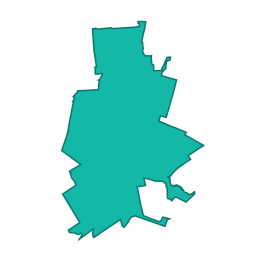 Pantelimon, Constanta, Romania (Albers equal-area conic projection), rotated 353°
{"feature_id": "2599482B44343640744399", "entity_name": "Pantelimon", "entity_type": "district", "adm_level": 2, "iso_a3": "ROU", "parent_name": "Romania", "parent_adm1": "Constanta", "projection": "albers", "projection_center": [28.363, 44.596], "detail": "fine", "context": "isolated", "style": "filled", "palette": "teal", "viewbox_px": 256, "rotation_deg": 353, "n_neighbors": 0, "source": "geoboundaries", "source_scale": "gbopen_adm2", "svg_char_len": 5461}
<svg xmlns="http://www.w3.org/2000/svg" viewBox="0 0 256 256"><g transform="rotate(353 128 128)"><path d="M179.6,92.5L182.1,86.2L177.0,84.1L169.5,80.9L168.0,80.3L167.3,80.1L167.8,79.2L168.0,78.6L168.4,77.5L168.7,77.2L168.9,76.8L169.1,76.4L170.4,75.3L171.9,74.1L172.6,73.8L172.9,73.2L173.2,71.7L173.3,70.3L173.8,68.6L174.0,67.6L174.1,67.4L175.2,66.2L178.0,65.7L178.8,62.8L175.4,62.7L174.0,65.0L173.2,66.1L173.1,66.3L171.3,69.8L171.3,70.2L170.9,70.3L169.1,72.9L168.9,73.3L168.4,75.1L162.6,74.5L160.2,74.3L161.0,71.5L160.9,68.4L160.1,68.1L159.7,67.9L159.6,67.7L159.5,67.4L159.5,65.1L159.7,61.1L160.1,59.1L159.7,59.2L159.3,59.2L154.1,58.5L153.6,58.4L153.4,58.3L152.4,55.7L152.2,55.2L152.0,54.5L151.9,53.6L152.0,52.6L152.8,51.1L153.0,50.4L152.8,50.1L152.7,49.2L152.7,47.5L152.8,46.3L153.0,45.3L152.9,45.1L152.4,44.8L152.0,44.7L151.8,44.7L152.0,44.2L152.6,42.7L152.8,42.0L153.8,38.9L154.8,36.2L155.0,35.7L155.2,35.2L155.5,34.5L155.7,33.8L156.3,32.3L156.9,30.7L157.9,27.0L158.6,24.8L154.8,24.0L152.5,23.7L151.0,23.5L150.8,25.3L151.9,25.6L151.9,28.0L150.0,28.3L149.9,28.8L144.6,28.6L128.5,27.7L124.2,27.4L123.7,26.7L123.3,26.5L118.5,26.4L116.9,26.3L110.2,26.2L109.8,26.1L109.2,25.7L108.5,25.3L108.4,25.2L108.2,25.3L108.0,25.2L108.0,25.4L107.4,25.6L104.9,25.2L103.8,45.2L103.7,47.1L103.7,49.0L103.9,53.9L104.0,53.9L104.1,55.4L104.0,56.7L104.1,59.8L104.0,63.7L102.5,63.8L102.7,64.1L102.7,64.3L102.1,70.2L102.2,70.5L102.5,70.7L102.6,70.8L108.5,70.8L108.9,71.0L109.3,71.3L105.7,76.6L104.3,77.0L105.3,78.0L104.4,80.3L104.2,81.6L103.8,83.5L103.8,84.2L103.3,85.6L103.3,86.3L89.9,85.5L82.6,84.9L82.5,85.8L82.3,85.9L81.2,87.0L81.1,87.4L80.4,87.9L79.8,88.0L79.1,88.7L78.3,89.6L78.1,89.8L77.7,89.9L77.4,90.2L78.4,91.4L77.8,92.8L77.9,93.4L77.5,94.6L77.1,94.9L76.7,95.0L76.4,94.7L76.2,94.7L76.2,94.8L76.4,95.0L76.5,95.2L76.5,95.3L76.7,95.5L77.0,95.6L76.4,97.2L74.9,101.7L73.9,105.0L73.2,107.2L70.5,115.4L68.1,123.6L66.5,127.9L62.2,136.7L59.4,142.4L65.6,148.1L76.7,158.6L68.0,162.3L64.6,163.9L65.3,165.3L65.8,165.4L65.8,165.8L65.2,165.9L65.9,170.4L66.2,171.0L67.6,173.1L68.2,174.1L68.6,175.4L69.1,177.4L69.3,178.5L69.1,178.6L55.0,185.7L58.3,192.8L58.2,192.8L63.1,203.5L65.9,209.9L68.7,215.9L56.5,222.1L56.7,222.5L56.9,223.9L57.0,224.2L57.1,224.5L57.5,224.8L60.3,225.1L61.9,225.6L62.9,226.1L63.8,226.8L65.0,227.3L65.9,227.6L66.1,227.7L66.7,227.5L67.2,227.2L67.8,226.6L68.0,226.6L68.3,226.8L68.8,227.0L69.2,227.3L69.3,227.8L68.1,230.2L66.3,232.1L66.1,232.5L81.3,224.0L81.5,224.1L80.1,228.2L80.1,230.6L80.1,231.0L80.8,232.5L87.5,229.0L90.2,227.7L90.9,227.2L109.4,217.9L110.3,224.5L111.9,226.1L116.5,221.7L116.4,221.7L116.7,220.9L120.5,216.6L122.9,216.5L123.5,216.1L123.7,215.8L152.7,230.1L155.8,223.9L158.1,223.2L157.8,223.1L156.8,222.6L156.5,222.6L154.0,221.5L151.8,220.7L150.4,222.5L150.1,223.2L149.0,224.5L147.1,224.5L146.5,224.4L145.4,223.8L144.1,223.0L143.6,222.6L142.8,222.2L142.2,222.1L138.5,220.2L132.8,216.9L132.4,215.1L131.9,210.4L131.7,209.7L131.3,205.8L131.0,201.8L130.6,195.5L130.0,187.5L138.4,187.2L137.7,179.6L144.3,182.0L148.5,184.0L153.1,184.8L155.0,184.7L155.2,185.2L155.9,185.2L156.1,185.3L158.6,187.8L158.8,188.1L158.9,188.4L158.7,190.7L158.7,190.8L159.4,191.9L159.5,192.4L159.5,192.9L158.9,198.5L158.8,202.7L158.8,202.9L161.8,204.0L161.7,204.4L161.9,204.9L162.6,205.5L162.8,205.5L163.2,205.0L163.2,204.7L163.6,204.5L165.5,203.0L166.2,202.6L167.1,202.4L167.6,202.6L170.0,204.2L171.7,205.3L172.7,206.1L173.6,206.6L176.5,208.6L186.1,201.6L186.2,200.6L186.3,200.0L186.4,199.9L186.4,199.5L186.2,199.4L185.9,199.6L185.9,199.8L185.4,199.6L185.0,199.9L185.0,200.0L185.0,200.3L184.0,201.0L183.8,201.1L183.5,201.4L183.2,201.0L182.8,201.2L182.6,201.2L182.3,201.2L182.0,201.4L181.7,201.4L181.5,201.5L181.3,201.5L181.1,201.7L181.0,201.8L180.9,201.7L180.7,201.4L180.2,201.3L179.9,201.0L179.5,200.9L178.7,200.0L178.6,199.9L178.7,199.7L178.3,199.5L178.2,199.3L177.8,199.4L177.4,199.3L176.6,198.8L176.3,198.5L176.0,198.3L175.8,197.7L175.7,197.3L175.5,197.0L175.1,196.8L175.1,196.6L175.3,196.2L175.2,196.0L175.1,195.9L174.4,196.1L174.1,196.1L173.8,195.7L174.3,195.6L174.5,195.5L174.5,195.4L174.4,195.2L173.9,194.7L173.9,194.4L174.1,194.1L174.0,193.8L173.9,193.8L173.6,194.0L173.1,193.8L173.0,193.7L173.2,193.2L172.9,193.1L172.7,193.3L172.2,193.3L172.1,193.0L172.1,192.9L172.5,192.9L172.6,192.7L172.4,192.3L171.9,192.2L171.6,191.7L171.0,191.8L170.6,191.8L170.5,191.7L170.4,191.9L170.2,191.9L170.0,191.7L170.2,191.4L170.2,191.1L170.0,190.7L169.8,190.6L169.3,191.0L169.1,191.0L168.8,190.8L168.7,190.6L168.2,191.0L167.9,190.8L167.8,190.7L167.6,190.6L167.4,190.7L167.3,190.8L167.5,191.1L167.5,191.3L167.3,191.3L167.2,191.2L166.8,191.4L166.7,191.5L166.6,191.4L166.3,191.2L165.9,191.1L165.8,190.6L165.3,190.3L164.4,190.4L163.9,190.3L163.7,190.0L163.6,189.8L163.7,189.5L163.7,189.0L163.5,188.6L163.5,188.3L163.4,188.1L163.2,187.1L163.2,186.2L163.5,185.6L163.5,185.3L163.3,184.8L163.3,184.4L163.5,183.9L163.5,183.6L163.0,182.8L162.9,182.5L162.6,182.2L162.5,181.9L161.9,181.7L161.7,181.4L161.8,181.3L162.0,181.4L162.7,181.5L162.9,181.8L163.4,181.8L163.6,181.7L163.4,181.1L165.3,180.2L165.5,179.8L165.9,178.8L166.5,178.5L167.3,177.9L168.4,176.9L173.5,173.3L177.9,171.0L178.0,170.9L182.2,168.7L183.3,168.0L184.0,167.9L186.3,166.8L184.3,162.8L195.7,157.0L200.6,154.8L201.0,154.7L200.9,154.5L183.5,141.6L185.2,139.4L177.3,134.9L169.2,130.5L159.5,124.9L161.2,121.0L161.8,119.8L167.2,122.1L174.1,105.9L176.9,99.3L179.6,92.5L179.6,92.5Z" fill="#14b8a6" stroke="#0f766e" stroke-width="1.5"/></g></svg>